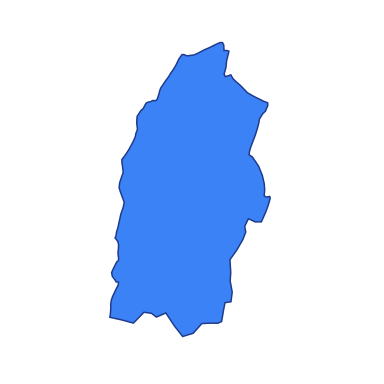 the district of Vallentuna, Stockholm, Sweden, rotated 115°
{"feature_id": "70781695B12821480851485", "entity_name": "Vallentuna", "entity_type": "district", "adm_level": 2, "iso_a3": "SWE", "parent_name": "Sweden", "parent_adm1": "Stockholm", "projection": "equal_earth", "projection_center": [18.204, 59.607], "detail": "fine", "context": "isolated", "style": "filled", "palette": "blue", "viewbox_px": 384, "rotation_deg": 115, "n_neighbors": 0, "source": "geoboundaries", "source_scale": "gbopen_adm2", "svg_char_len": 2004}
<svg xmlns="http://www.w3.org/2000/svg" viewBox="0 0 384 384"><g transform="rotate(115 192 192)"><path d="M189.7,116.5L178.7,116.7L171.5,117.4L167.8,117.9L164.3,118.6L163.2,119.7L165.2,122.4L164.9,125.0L159.2,127.1L154.0,130.0L147.1,135.4L140.5,142.5L134.7,152.1L134.1,156.1L130.1,157.2L125.8,157.8L120.0,158.2L113.4,158.7L106.8,159.6L102.2,160.4L97.3,161.7L91.3,161.0L87.6,159.6L81.5,159.9L79.2,161.1L79.5,166.2L79.2,176.5L78.6,183.7L75.1,192.8L73.4,198.7L72.0,202.7L69.4,206.4L71.1,207.9L73.4,210.7L71.4,212.8L65.0,213.8L58.4,216.1L48.8,218.0L49.0,220.2L50.3,222.7L48.1,223.9L45.4,225.3L43.7,227.5L44.6,229.6L48.7,233.2L54.0,237.4L58.0,241.0L63.7,245.3L66.9,248.1L70.7,254.0L70.9,257.5L71.5,258.7L71.6,259.1L74.4,259.6L76.8,260.1L84.5,260.2L90.3,260.9L92.3,261.4L97.3,261.9L102.2,262.9L107.4,263.7L111.1,264.3L114.2,264.0L117.0,263.4L120.3,263.0L123.1,262.8L124.7,263.7L125.6,266.2L127.7,267.8L129.3,270.0L131.0,271.2L137.1,271.5L139.5,272.7L143.7,273.3L146.4,273.7L146.5,273.7L149.4,272.7L152.5,271.4L154.8,270.1L157.7,268.2L160.1,267.7L162.7,267.6L165.5,266.8L169.9,266.6L179.6,267.1L184.2,267.7L187.9,268.3L192.2,269.3L195.5,267.6L198.6,265.5L203.4,262.6L208.9,262.1L214.5,261.4L219.1,259.8L222.0,257.1L224.4,254.7L227.9,251.1L230.1,249.0L235.5,247.8L241.9,247.2L246.7,246.1L255.6,244.1L260.2,243.5L263.7,242.4L266.2,242.3L267.3,239.9L268.4,238.2L270.7,236.3L274.9,234.6L278.4,233.4L280.8,232.0L283.4,230.3L285.6,229.8L287.2,230.7L295.3,230.9L299.0,230.8L302.1,228.6L304.2,224.7L305.6,222.7L304.7,221.0L304.9,220.4L307.7,219.6L313.0,219.8L320.7,219.8L324.6,219.3L328.1,218.2L332.1,216.3L336.6,214.6L340.3,213.5L337.6,201.5L335.6,189.7L321.3,184.7L319.1,177.5L320.4,171.4L312.7,164.6L320.9,151.2L326.9,139.4L319.5,131.2L307.1,127.5L303.0,119.8L300.1,113.2L296.9,110.4L285.3,113.6L278.3,115.3L275.0,110.3L265.8,113.2L256.5,119.8L248.7,122.8L237.3,129.0L225.2,126.8L213.4,125.8L205.5,126.4L200.9,129.7L192.4,129.6L192.4,122.1L189.7,116.5Z" fill="#3b82f6" stroke="#1e3a8a" stroke-width="1.5"/></g></svg>